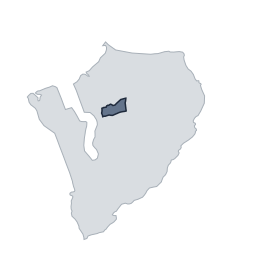 Malem Hodar, Kaffrine, Senegal (highlighted), rotated 69°
{"feature_id": "50182788B13883389428586", "entity_name": "Malem Hodar", "entity_type": "district", "adm_level": 2, "iso_a3": "SEN", "parent_name": "Senegal", "parent_adm1": "Kaffrine", "projection": "equal_earth", "projection_center": [-15.234, 14.358], "detail": "fine", "context": "in_parent", "style": "filled", "palette": "slate", "viewbox_px": 256, "rotation_deg": 69, "n_neighbors": 0, "source": "geoboundaries", "source_scale": "gbopen_adm2", "svg_char_len": 4772}
<svg xmlns="http://www.w3.org/2000/svg" viewBox="0 0 256 256"><g transform="rotate(69 128 128)"><path d="M190.2,116.0L192.9,122.2L192.3,125.2L191.7,129.5L193.3,132.7L195.1,134.7L196.4,136.6L197.8,139.2L198.1,144.4L197.8,148.2L198.7,149.9L199.5,152.0L199.4,153.8L198.9,155.4L197.2,157.5L196.9,161.4L199.7,166.1L201.5,168.7L201.5,170.2L202.0,171.8L203.4,173.7L204.2,173.2L205.1,171.7L205.4,170.6L207.9,171.1L209.0,171.6L210.6,174.7L211.1,176.7L211.5,179.3L213.1,182.5L214.6,184.8L214.9,186.2L216.1,188.1L215.4,192.4L215.5,194.6L214.6,200.3L214.5,203.0L214.5,204.0L216.4,206.0L216.3,209.0L214.3,208.4L210.9,208.1L204.2,209.6L201.9,209.0L197.5,209.2L194.3,210.0L190.3,211.9L187.2,211.4L185.5,210.0L183.3,210.1L180.8,209.3L178.1,207.8L175.7,207.1L173.1,204.5L171.9,204.0L171.0,204.7L170.3,205.6L169.5,206.1L168.1,205.6L167.6,203.8L168.0,202.1L168.1,200.8L167.5,200.1L165.9,199.8L163.3,199.8L159.1,199.3L158.2,199.0L148.8,198.5L139.2,198.5L131.0,198.4L120.7,198.4L113.4,198.3L106.6,198.3L101.4,201.8L95.7,205.6L88.1,207.7L79.3,206.9L76.5,207.4L73.6,209.1L71.5,210.4L68.5,211.1L64.6,210.5L63.0,210.9L62.0,209.1L60.9,206.3L61.6,204.2L64.0,202.9L67.6,201.2L69.4,202.1L70.5,202.1L70.7,201.0L70.4,200.4L67.7,198.9L66.3,196.9L65.1,198.1L64.1,200.5L63.3,201.2L62.1,201.9L61.4,200.3L61.1,198.7L61.6,197.4L61.4,190.4L61.7,186.7L61.5,183.4L63.2,181.2L64.8,179.9L71.1,179.8L76.9,179.7L82.6,179.8L88.3,179.8L88.8,173.3L90.7,172.8L93.4,172.1L98.4,171.3L104.0,170.6L105.2,169.3L106.2,167.1L106.8,165.2L107.9,164.4L109.5,165.0L111.6,166.0L113.7,167.6L116.1,169.1L117.8,170.0L121.7,172.3L128.4,175.5L133.9,176.8L140.6,174.4L145.4,172.9L146.0,170.1L145.2,167.4L141.6,164.9L136.8,165.1L135.3,165.8L133.0,166.6L131.6,167.0L129.3,166.4L126.4,164.2L124.6,162.0L122.0,161.0L119.0,160.0L114.1,155.5L111.6,154.7L109.1,154.5L104.5,155.4L100.0,157.8L97.6,163.2L93.1,163.1L83.5,163.0L74.7,162.8L67.4,163.2L66.6,159.2L64.9,156.1L62.1,153.4L61.5,150.9L62.5,148.7L65.2,146.9L65.8,145.7L64.4,145.8L62.2,147.0L60.8,147.1L60.6,143.6L58.3,139.2L55.6,131.6L52.6,128.6L50.1,122.5L47.4,120.2L45.0,119.1L42.9,119.3L42.1,122.1L39.6,118.1L43.1,116.6L50.7,111.6L59.5,97.3L67.3,80.4L68.3,76.4L69.3,73.3L69.9,66.4L71.0,62.3L72.1,61.5L73.4,58.4L75.0,52.8L76.8,49.8L78.9,49.1L80.4,49.4L81.6,50.6L84.8,51.3L90.3,51.5L94.5,50.7L97.5,48.8L101.4,47.8L106.2,47.8L108.7,47.0L109.0,45.4L109.6,44.9L110.6,45.5L111.6,45.3L112.5,44.2L113.4,44.1L114.2,45.1L118.3,45.4L125.5,45.0L132.2,47.9L138.3,54.1L141.5,58.2L141.7,60.3L142.7,62.4L144.6,64.5L146.2,64.9L147.7,63.5L148.9,63.7L149.8,65.3L151.6,65.6L153.5,64.6L154.9,65.0L155.1,65.9L155.5,66.4L156.4,66.7L157.7,67.9L159.5,71.2L160.9,75.8L162.1,81.7L163.5,84.9L165.4,85.4L166.4,86.6L166.7,88.0L167.2,89.0L168.1,89.5L169.6,89.2L171.5,91.2L173.4,95.5L173.7,97.5L173.4,98.5L173.6,99.3L174.9,100.0L176.1,101.4L177.1,103.6L179.3,105.5L182.6,107.1L185.0,109.6L186.5,112.9L189.6,115.7L190.2,116.0Z" fill="#d9dde1" stroke="#a8b0b8" stroke-width="1"/><path d="M98.8,124.7L98.9,124.8L100.9,129.9L101.9,132.0L101.6,134.1L100.8,134.5L100.2,135.0L99.8,135.4L99.5,135.8L99.6,136.7L99.8,137.5L99.9,138.0L99.7,138.4L99.5,138.8L99.7,139.4L99.7,140.0L100.1,140.4L100.7,140.8L100.6,141.4L100.3,142.9L100.1,143.6L100.3,143.9L100.2,144.5L100.2,145.1L100.3,145.2L100.3,145.3L100.5,145.3L100.8,145.4L100.9,145.5L101.0,145.5L101.3,145.6L101.5,145.7L101.8,145.8L102.0,145.9L102.3,145.9L102.4,146.0L102.5,146.0L102.8,146.2L103.0,146.3L103.3,146.4L103.4,146.5L103.5,146.5L103.8,146.7L103.9,146.8L104.0,146.9L104.2,147.0L104.3,147.1L104.5,147.1L104.7,147.3L104.8,147.3L105.0,147.3L105.3,147.3L105.5,147.3L105.8,147.3L106.0,147.3L106.3,147.3L106.5,147.3L106.8,147.3L107.0,147.3L107.3,147.3L107.5,147.3L107.8,147.3L108.0,147.3L108.3,147.4L108.3,147.5L108.5,147.5L108.5,147.4L108.4,147.2L108.3,146.9L108.4,146.5L108.4,146.3L108.5,146.0L108.6,145.6L108.8,145.2L108.9,144.5L108.9,143.7L108.9,143.0L109.0,142.6L109.0,142.1L109.0,141.5L109.1,141.3L109.3,140.7L109.4,140.4L109.5,140.2L109.8,139.8L110.0,139.5L110.1,139.2L110.3,138.8L110.5,138.4L110.6,138.2L110.6,137.8L110.7,137.6L110.7,137.4L110.6,136.4L110.6,135.9L110.6,135.4L110.5,134.5L110.5,133.8L110.5,132.8L110.5,132.4L110.4,132.0L110.4,131.7L110.4,131.1L110.4,130.6L110.4,130.2L110.4,129.7L110.6,128.5L110.6,128.3L110.6,128.2L110.7,127.8L110.8,127.2L111.0,126.3L111.2,125.6L111.3,124.8L111.4,124.3L111.5,123.7L111.1,123.5L110.7,123.4L110.2,123.3L109.8,123.2L109.3,123.1L108.8,123.0L108.3,122.8L107.6,122.7L107.3,122.6L106.9,122.5L106.5,122.4L106.2,122.3L105.8,122.2L105.5,122.1L105.0,122.0L104.5,121.9L104.1,121.8L103.6,121.7L103.4,121.6L102.8,121.2L102.3,120.8L101.7,120.5L101.2,120.2L100.6,119.9L100.0,119.6L99.4,119.3L99.3,119.6L99.2,120.6L99.1,121.7L99.0,122.7L99.0,122.9L98.9,123.8L98.8,124.7Z" fill="#64748b" stroke="#1e293b" stroke-width="1.5"/></g></svg>